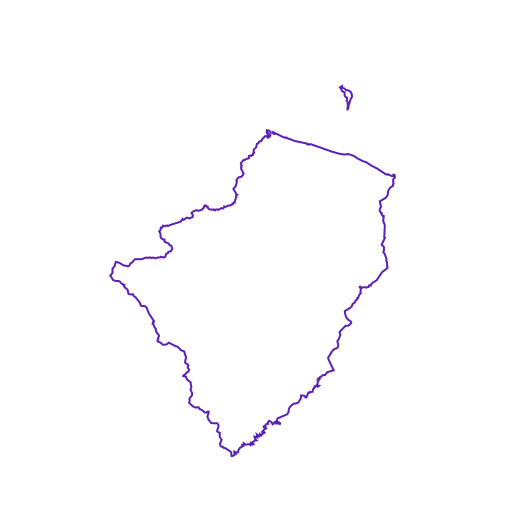 outline of Bang Saphan Noi, Prachuap Khiri Khan, Thailand, rotated 296°
{"feature_id": "78962969B56778840281183", "entity_name": "Bang Saphan Noi", "entity_type": "district", "adm_level": 2, "iso_a3": "THA", "parent_name": "Thailand", "parent_adm1": "Prachuap Khiri Khan", "projection": "albers", "projection_center": [99.369, 11.087], "detail": "fine", "context": "isolated", "style": "outline", "palette": "violet", "viewbox_px": 512, "rotation_deg": 296, "n_neighbors": 0, "source": "geoboundaries", "source_scale": "gbopen_adm2", "svg_char_len": 6093}
<svg xmlns="http://www.w3.org/2000/svg" viewBox="0 0 512 512"><g transform="rotate(296 256 256)"><path d="M174.7,133.5L171.7,138.1L172.1,141.0L173.3,143.4L173.3,144.8L172.3,147.4L172.3,150.3L171.4,150.0L170.2,152.0L169.4,155.4L166.0,158.0L166.5,160.3L167.6,162.2L166.6,163.4L166.0,166.0L163.3,171.8L160.9,174.3L161.2,176.2L162.1,177.4L162.0,179.9L157.3,185.0L152.6,193.0L152.1,193.1L151.3,192.4L150.8,193.0L149.7,192.8L149.5,193.8L147.3,196.3L146.8,197.8L145.2,198.5L143.7,200.3L142.2,203.5L141.0,204.0L139.1,203.9L138.5,204.7L136.7,204.5L136.2,205.0L136.3,207.9L135.4,211.3L137.2,214.3L139.9,215.6L139.7,223.1L140.1,225.3L138.4,229.9L138.8,233.1L133.9,237.9L131.8,238.0L129.1,239.0L128.4,243.0L125.6,243.5L124.5,245.7L122.4,245.9L120.8,244.7L119.1,244.5L116.9,243.1L116.2,243.2L116.8,246.0L115.2,247.5L114.4,249.4L113.9,252.5L109.5,255.5L107.0,255.8L104.6,258.9L102.4,259.5L98.8,258.7L97.1,259.7L94.8,260.2L93.1,265.4L93.3,268.2L94.9,270.6L93.7,272.4L93.9,273.8L93.4,277.2L92.8,278.3L93.6,280.0L95.2,280.9L95.4,281.5L94.9,282.0L90.4,282.7L88.0,285.2L86.3,288.9L87.4,292.1L88.5,293.9L88.6,294.7L87.6,296.3L86.5,297.0L81.6,297.7L81.1,298.5L81.2,301.0L78.3,302.2L77.2,303.2L75.8,305.7L71.4,305.9L69.7,307.5L69.5,308.4L70.0,309.7L69.4,311.1L69.8,312.6L69.1,318.8L68.5,319.9L65.5,321.6L65.8,322.5L68.0,324.0L70.7,322.2L70.7,323.2L69.8,324.7L70.9,324.8L71.7,326.0L73.3,325.3L76.2,325.6L77.9,326.4L78.7,327.3L80.0,326.4L80.2,328.0L82.3,327.0L81.9,329.5L84.3,333.0L85.6,333.2L85.2,333.9L83.9,333.6L83.6,334.0L84.6,334.7L85.7,336.4L86.2,335.9L86.3,334.5L87.0,334.4L89.6,335.9L90.5,337.2L91.0,335.4L93.0,333.8L93.4,336.7L96.0,334.9L95.2,337.9L96.3,338.5L96.8,337.6L97.7,337.5L97.0,339.4L98.4,339.6L101.0,341.2L101.3,340.5L100.5,339.6L100.5,338.6L103.9,339.4L105.4,340.8L106.5,339.5L105.4,338.6L106.1,337.6L107.5,338.6L109.3,338.9L110.5,340.5L111.4,339.6L113.6,340.0L113.5,342.6L112.0,344.8L112.8,345.3L114.5,345.3L115.7,346.2L114.2,347.3L115.4,349.8L115.4,351.1L116.1,351.1L116.6,350.4L116.4,347.1L119.4,346.5L127.4,353.4L129.9,353.7L131.8,352.9L134.4,352.5L137.5,353.3L140.3,355.1L140.6,356.1L142.7,358.2L147.7,358.7L150.5,357.7L151.4,360.0L151.4,361.3L150.7,362.1L151.0,363.3L156.1,363.0L156.4,363.8L157.5,364.0L157.4,364.8L158.9,366.4L161.2,365.6L163.3,366.5L163.7,365.8L164.9,366.0L165.6,367.5L166.2,367.5L165.6,368.8L166.9,369.5L166.6,368.3L167.0,367.2L168.1,367.4L170.2,366.4L171.0,366.9L171.5,366.5L172.1,366.7L172.2,365.9L173.0,366.5L172.8,365.7L173.2,365.6L174.1,366.5L175.4,366.6L176.3,367.6L178.3,368.3L179.3,370.2L182.8,371.0L187.3,375.9L195.1,366.2L196.4,365.4L204.6,366.3L206.8,367.2L208.5,369.1L210.0,369.5L212.7,368.7L214.9,366.5L218.2,366.8L222.0,366.4L224.4,364.4L232.3,367.0L234.1,369.8L237.5,371.0L238.7,369.9L239.1,366.9L240.5,363.9L242.8,361.7L245.5,360.0L250.9,363.5L252.7,364.1L255.3,363.9L257.2,365.1L259.4,365.0L261.5,366.0L262.7,365.5L263.2,366.2L265.8,365.8L268.6,366.5L269.0,365.7L273.1,364.6L273.0,363.6L273.8,362.8L274.3,363.6L273.8,364.8L275.9,367.8L275.8,368.7L277.5,370.8L279.0,370.4L279.7,372.2L281.0,371.9L283.1,372.6L287.0,375.0L296.7,376.4L302.8,379.4L307.8,376.4L308.5,375.4L310.4,374.7L314.3,370.8L315.1,368.9L317.8,368.3L320.2,367.0L321.2,364.0L328.9,363.9L329.0,363.1L340.1,358.3L343.6,354.7L346.1,354.1L346.9,353.1L347.9,353.4L348.0,351.6L348.9,350.5L349.8,350.1L349.5,349.3L350.7,347.6L351.9,346.8L355.2,346.7L359.4,343.3L365.1,347.1L368.6,347.6L372.3,346.3L374.5,346.4L377.4,347.1L378.6,348.2L379.9,348.2L380.4,347.7L381.5,347.9L383.0,346.6L385.4,345.7L387.5,346.4L389.7,344.9L389.3,343.8L388.1,344.2L387.4,343.4L387.2,338.4L386.6,338.2L386.3,336.9L387.7,326.5L387.9,319.0L388.6,314.2L388.1,310.4L388.2,304.4L388.8,300.5L388.6,297.6L387.9,293.5L387.4,293.4L385.9,290.7L384.4,285.9L383.0,278.0L380.5,256.0L378.9,253.8L378.9,252.3L379.1,253.7L379.4,253.3L379.3,252.0L376.5,241.1L375.5,231.6L376.5,231.3L375.3,231.1L374.8,228.5L374.8,218.3L374.2,219.3L373.5,218.8L374.0,216.8L373.3,214.8L374.5,213.1L373.9,210.6L372.1,211.2L371.5,211.9L372.0,212.4L371.8,212.9L369.7,213.4L369.9,215.1L371.1,215.1L371.1,215.9L370.3,216.2L367.7,215.2L368.1,212.9L367.8,211.7L363.7,210.4L361.5,210.4L360.8,209.2L359.8,208.5L359.3,208.8L357.6,208.3L357.1,207.6L353.9,208.5L350.7,207.4L349.5,207.6L348.2,208.8L347.7,208.5L347.3,208.9L346.7,208.4L345.4,209.0L344.4,207.6L343.9,207.7L344.0,207.1L342.8,205.8L340.7,206.8L338.8,204.5L337.2,203.7L336.8,202.7L332.8,201.8L331.8,202.2L330.8,203.7L329.4,203.5L328.8,204.2L327.8,204.4L324.7,208.7L322.8,208.7L320.7,208.0L319.0,205.8L315.6,205.1L314.6,206.2L310.0,207.2L306.6,206.3L306.1,206.5L304.3,209.6L302.7,211.3L302.8,212.2L301.1,211.7L299.9,212.7L297.9,212.6L294.4,213.4L294.2,212.4L292.1,212.4L291.7,211.4L290.1,211.0L289.5,209.2L287.0,207.4L286.6,205.8L286.0,206.2L284.1,205.4L283.9,203.9L280.8,201.8L280.8,200.4L280.1,199.5L279.2,199.3L279.4,198.5L278.8,197.9L279.1,197.2L278.0,195.5L277.6,193.7L278.2,191.3L279.1,191.0L278.8,190.0L279.3,189.3L278.8,188.7L279.2,188.3L278.8,187.6L276.2,187.9L275.3,187.3L274.2,187.3L271.4,184.5L271.0,182.2L268.5,180.0L266.8,179.2L266.3,179.3L265.0,181.4L263.3,182.0L261.4,180.3L260.7,180.1L260.1,176.9L256.8,175.1L256.4,174.4L257.0,173.8L253.7,173.1L246.8,165.8L244.2,163.6L244.5,162.6L242.3,160.2L242.4,159.0L240.3,159.0L239.8,158.0L237.9,158.7L236.3,158.6L235.7,158.2L234.1,160.4L231.0,162.1L230.4,163.1L230.1,165.1L230.7,166.5L229.4,167.0L228.7,168.0L229.0,171.8L227.9,173.5L228.1,175.3L226.0,177.5L223.0,177.5L221.3,175.4L219.9,175.5L218.4,174.2L215.4,174.8L214.1,173.6L213.7,170.8L212.5,170.3L211.8,168.5L209.8,166.7L209.6,164.3L208.3,162.9L208.4,161.4L206.7,159.5L206.6,158.1L203.0,154.6L200.0,148.5L196.4,147.7L194.2,146.4L191.9,146.4L190.7,145.6L189.5,141.0L190.0,136.0L189.3,132.6L184.7,133.3L181.6,132.6L177.8,134.5L174.7,133.5ZM446.5,258.9L444.4,257.5L443.8,258.8L441.9,261.0L441.9,263.9L438.9,265.4L438.2,267.0L438.2,268.6L435.2,269.4L435.1,270.2L434.0,271.2L430.8,272.9L428.0,273.7L427.9,274.0L429.1,274.3L431.4,273.4L438.4,272.3L441.1,272.5L443.3,271.3L444.9,269.3L445.4,267.1L444.5,264.3L445.3,262.5L445.0,259.6L446.5,258.9Z" fill="none" stroke="#5b21b6" stroke-width="2"/></g></svg>